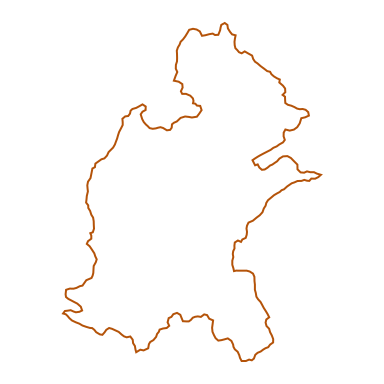 Mascote, Bahia, Brazil
{"feature_id": "56859067B88966015579039", "entity_name": "Mascote", "entity_type": "district", "adm_level": 2, "iso_a3": "BRA", "parent_name": "Brazil", "parent_adm1": "Bahia", "projection": "orthographic", "projection_center": [-39.412, -15.653], "detail": "fine", "context": "isolated", "style": "outline", "palette": "amber", "viewbox_px": 384, "rotation_deg": 0, "n_neighbors": 0, "source": "geoboundaries", "source_scale": "gbopen_adm2", "svg_char_len": 4818}
<svg xmlns="http://www.w3.org/2000/svg" viewBox="0 0 384 384"><path d="M245.9,361.0L249.1,359.6L251.8,360.3L253.9,358.6L255.3,354.8L257.6,352.8L260.7,351.5L263.2,349.6L265.5,348.2L268.2,347.2L270.1,344.6L273.1,342.5L273.2,339.1L271.8,335.4L270.1,332.2L269.1,328.7L266.5,326.0L265.6,322.6L266.3,319.5L269.2,317.3L267.6,314.1L265.8,311.1L263.8,308.0L262.0,304.6L260.5,301.9L258.1,299.3L256.4,296.7L255.8,293.0L254.9,289.8L254.9,284.6L254.5,281.1L254.4,276.8L253.0,273.6L249.7,271.5L246.8,270.7L243.1,270.7L239.3,270.7L236.3,270.6L234.0,271.1L233.4,268.3L232.3,264.8L232.3,260.7L233.3,257.1L232.8,254.0L233.2,251.2L234.5,248.5L234.4,245.7L234.8,242.5L237.9,240.5L241.0,241.9L242.3,239.5L245.7,237.9L246.7,234.8L247.0,231.9L246.5,228.5L247.0,225.7L248.5,222.6L252.9,220.7L256.6,217.6L259.7,215.3L262.5,212.2L263.8,208.5L265.6,205.7L266.3,202.9L268.0,200.2L271.4,197.4L274.0,195.2L277.2,193.3L279.7,192.0L281.6,190.2L284.0,189.3L287.2,186.4L291.7,183.3L294.4,182.4L297.5,181.0L301.5,180.9L304.3,179.9L307.0,180.7L309.3,180.9L311.3,178.6L315.1,178.7L318.3,177.1L320.9,174.8L316.8,173.6L314.0,172.2L310.3,172.2L307.0,171.4L304.1,172.7L300.6,172.4L297.5,169.3L297.4,164.6L293.9,161.1L290.9,158.0L287.4,156.1L283.0,156.4L279.4,158.6L277.1,161.3L275.0,162.7L272.3,164.6L270.1,165.5L267.5,167.7L264.7,169.5L261.9,169.8L259.3,167.5L257.7,164.4L255.1,165.3L252.5,160.2L255.1,158.4L258.1,156.5L260.2,155.3L263.2,153.7L266.3,152.1L270.6,149.9L273.4,147.8L276.7,146.4L279.4,144.4L283.0,142.4L284.8,139.9L283.6,136.3L283.7,132.6L285.4,129.5L289.7,130.6L293.9,129.6L297.2,127.2L299.7,123.4L301.3,118.2L305.2,117.3L308.9,115.6L308.2,112.1L305.6,109.8L302.7,109.0L299.8,109.2L297.1,108.6L294.5,107.1L291.3,105.7L287.9,104.8L285.3,103.0L285.1,99.7L285.0,96.7L282.6,94.9L285.3,92.2L285.1,88.5L283.0,85.7L279.3,82.5L279.8,79.5L277.0,78.3L273.9,76.4L271.4,74.2L270.1,71.8L267.2,71.1L264.5,69.0L260.7,66.2L257.5,63.4L255.0,61.7L253.2,59.0L252.1,55.6L248.3,53.5L244.7,51.4L241.7,53.3L239.0,52.2L237.3,50.1L235.4,48.2L234.7,45.2L234.5,41.8L234.9,38.8L235.6,35.3L232.1,34.4L230.0,31.8L227.9,28.4L227.4,24.9L224.7,23.0L221.3,24.9L220.6,27.5L220.1,30.3L218.3,34.8L215.0,35.0L212.7,33.6L209.2,34.2L205.5,35.2L202.0,35.8L199.8,31.4L196.6,29.5L193.0,28.8L189.2,29.8L187.3,33.1L185.2,36.5L183.0,39.4L180.6,41.8L179.6,44.6L177.9,47.4L176.8,50.7L177.0,53.7L177.1,58.0L177.0,61.4L175.9,64.9L175.8,68.7L177.3,72.0L175.7,75.7L173.9,80.7L178.7,81.7L182.3,84.1L182.6,87.6L180.9,91.3L182.2,93.9L186.1,93.9L190.3,95.7L192.9,98.4L193.5,100.9L193.0,103.3L195.3,103.7L197.0,105.6L200.2,105.9L201.6,110.1L199.2,113.7L196.9,116.7L191.9,117.5L188.7,116.9L185.1,116.5L180.6,117.9L176.8,121.5L174.0,122.7L172.0,124.3L171.7,127.7L170.1,129.9L166.9,130.3L163.1,128.0L160.5,127.2L158.1,127.7L155.8,128.4L152.7,128.8L149.6,128.1L147.7,126.1L145.9,124.5L143.8,122.1L142.2,119.1L140.7,114.3L142.5,111.7L145.6,110.0L145.7,106.5L142.5,104.4L139.0,106.4L136.2,107.9L132.4,109.0L130.6,110.7L130.0,113.6L128.2,116.0L125.2,116.4L122.4,118.8L122.7,122.2L122.7,125.0L121.3,127.8L119.1,132.0L118.0,135.4L117.1,138.6L115.8,142.0L114.9,144.5L113.1,147.6L111.0,149.7L108.6,152.1L107.0,155.6L104.4,158.4L101.4,159.3L98.5,161.4L95.4,163.6L94.9,167.2L92.4,168.5L91.5,173.1L90.5,178.1L88.0,181.7L87.3,185.3L87.6,188.9L87.9,191.4L86.8,196.0L86.5,199.4L86.1,202.6L88.2,205.3L88.3,208.0L90.1,210.9L91.3,214.7L93.1,217.6L93.7,221.2L93.8,225.0L94.0,228.7L92.8,232.3L90.3,233.2L91.3,235.6L91.3,238.7L88.0,241.2L86.8,243.9L89.6,246.2L92.1,249.9L94.3,253.3L95.3,256.4L96.7,259.3L95.8,262.2L93.7,266.0L93.5,269.1L93.3,273.0L92.6,275.7L91.5,278.0L88.9,279.1L86.3,280.2L84.1,283.3L82.5,285.6L79.8,286.2L76.5,287.9L73.5,288.7L69.8,288.6L66.1,289.8L65.6,294.2L66.0,297.0L68.3,298.9L71.0,300.3L74.2,302.0L77.3,303.6L80.8,306.7L82.1,310.5L79.4,311.8L75.9,312.3L73.5,311.5L70.7,310.2L67.5,310.7L64.9,311.0L63.1,313.5L65.7,314.2L67.5,315.9L69.4,318.2L72.0,320.5L75.8,322.3L79.4,323.7L82.4,325.5L86.1,326.8L89.8,327.9L92.2,328.1L94.3,329.8L96.2,332.2L99.9,334.4L102.4,334.8L104.6,332.3L106.3,329.8L109.1,328.0L112.0,328.8L114.8,330.1L118.7,331.9L121.7,334.6L124.1,336.4L126.7,337.3L130.3,336.5L132.7,339.7L133.1,343.2L134.9,346.0L135.5,349.6L136.2,352.2L140.3,349.7L143.6,350.4L148.2,348.3L148.9,344.2L150.2,342.0L153.4,340.1L156.1,336.9L157.1,333.9L158.8,331.9L159.6,329.6L163.0,328.5L166.7,328.0L169.2,325.8L167.6,322.3L168.7,318.1L171.4,316.9L173.3,314.2L177.0,312.9L180.3,314.8L181.3,317.3L182.9,321.2L186.3,321.4L188.8,321.4L190.8,320.0L192.8,317.7L195.1,316.8L197.8,316.4L200.9,316.9L204.2,314.4L207.1,315.1L209.2,318.7L213.1,320.4L212.6,324.2L212.1,327.8L212.5,331.8L214.0,335.2L215.6,338.2L218.3,340.6L221.6,340.1L224.3,339.4L227.8,338.4L231.4,340.9L233.1,344.5L233.5,346.9L234.8,349.3L237.7,351.8L239.3,355.3L240.0,357.9L241.6,361.0L245.9,361.0Z" fill="none" stroke="#b45309" stroke-width="2"/></svg>